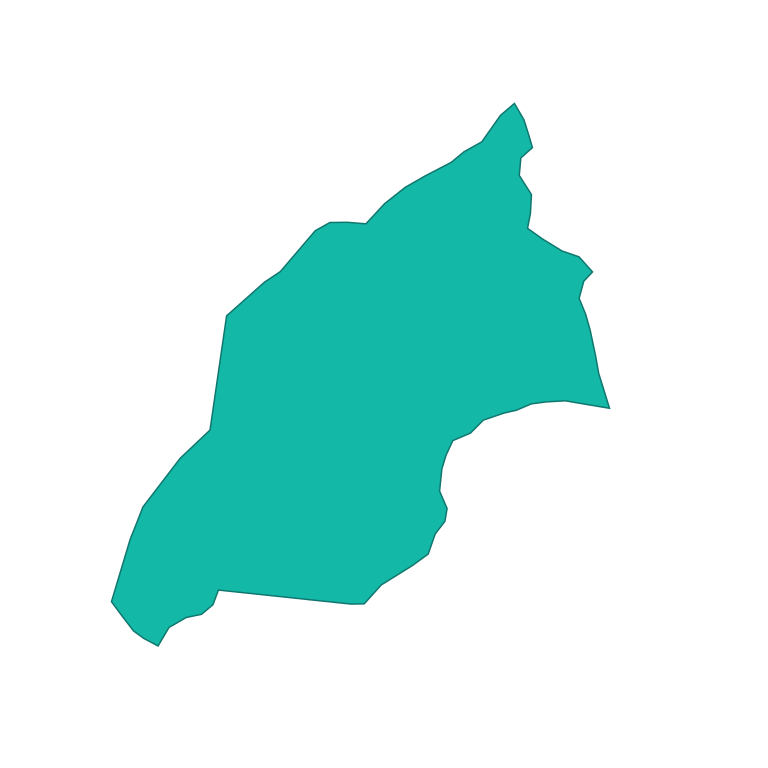 São Francisco, Sergipe, Brazil, rotated 11°
{"feature_id": "56859067B71066777145580", "entity_name": "São Francisco", "entity_type": "district", "adm_level": 2, "iso_a3": "BRA", "parent_name": "Brazil", "parent_adm1": "Sergipe", "projection": "albers", "projection_center": [-36.858, -10.332], "detail": "fine", "context": "isolated", "style": "filled", "palette": "teal", "viewbox_px": 768, "rotation_deg": 11, "n_neighbors": 0, "source": "geoboundaries", "source_scale": "gbopen_adm2", "svg_char_len": 1031}
<svg xmlns="http://www.w3.org/2000/svg" viewBox="0 0 768 768"><g transform="rotate(11 384 384)"><path d="M216.5,347.1L222.0,462.4L198.1,495.8L170.8,550.8L167.4,569.5L164.5,584.6L158.0,649.7L172.1,662.6L185.4,674.3L196.8,679.6L212.2,684.3L219.4,664.0L234.3,651.0L248.8,644.9L258.2,633.3L260.8,617.9L364.3,608.9L393.7,606.3L406.5,603.6L419.7,581.7L446.5,556.8L459.8,542.5L462.9,521.4L470.0,507.1L469.7,494.2L459.0,478.5L457.0,456.3L458.5,442.0L462.4,426.4L478.3,415.6L488.4,400.5L507.2,389.7L519.1,384.4L532.4,375.4L546.7,370.6L565.2,365.9L587.8,365.4L610.0,364.8L600.1,346.3L592.8,332.8L586.5,316.4L576.1,291.8L568.6,277.0L559.2,262.7L560.5,245.0L567.3,234.2L551.2,222.0L533.2,219.4L511.9,211.4L495.2,203.8L495.2,188.7L492.6,169.9L477.0,153.5L475.2,136.0L484.6,123.6L478.6,112.0L471.0,98.0L458.5,83.7L447.1,98.0L433.8,127.6L418.2,140.8L407.8,153.5L384.9,171.7L367.4,186.8L350.3,206.7L335.7,230.2L317.0,232.3L300.1,235.8L287.3,246.6L260.8,293.4L247.2,306.9L216.5,347.1Z" fill="#14b8a6" stroke="#0f766e" stroke-width="1.5"/></g></svg>